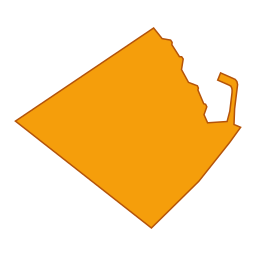 7, Ad Dawhah, Qatar (Natural Earth projection)
{"feature_id": "91078587B12539996095468", "entity_name": "7", "entity_type": "district", "adm_level": 2, "iso_a3": "QAT", "parent_name": "Qatar", "parent_adm1": "Ad Dawhah", "projection": "natural_earth1", "projection_center": [51.551, 25.287], "detail": "fine", "context": "isolated", "style": "filled", "palette": "amber", "viewbox_px": 256, "rotation_deg": 0, "n_neighbors": 0, "source": "geoboundaries", "source_scale": "gbopen_adm2", "svg_char_len": 563}
<svg xmlns="http://www.w3.org/2000/svg" viewBox="0 0 256 256"><path d="M15.4,121.1L151.4,228.0L198.8,181.3L229.7,142.4L240.6,127.3L234.0,124.5L234.6,108.9L237.6,84.6L236.9,81.5L235.2,79.4L220.6,72.9L217.7,80.1L229.0,85.1L230.8,86.1L231.8,88.1L232.1,90.2L232.0,92.9L229.8,111.2L227.1,121.5L207.6,122.8L204.0,114.7L206.8,106.8L205.6,104.3L203.7,103.7L197.9,90.0L198.4,88.1L197.4,85.8L188.5,82.4L181.5,69.6L183.2,59.0L181.7,56.8L179.4,56.6L171.9,44.8L172.1,42.3L170.6,40.1L162.1,38.6L153.6,28.0L15.4,121.1Z" fill="#f59e0b" stroke="#b45309" stroke-width="1.5"/></svg>